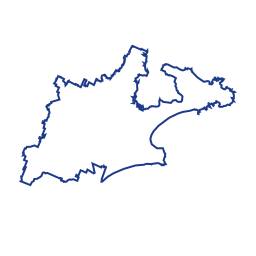 the district of South Gippsland, Victoria, Australia, rotated 285°
{"feature_id": "25037944B76361191538419", "entity_name": "South Gippsland", "entity_type": "district", "adm_level": 2, "iso_a3": "AUS", "parent_name": "Australia", "parent_adm1": "Victoria", "projection": "natural_earth1", "projection_center": [146.257, -38.699], "detail": "fine", "context": "isolated", "style": "outline", "palette": "blue", "viewbox_px": 256, "rotation_deg": 285, "n_neighbors": 0, "source": "geoboundaries", "source_scale": "gbopen_adm2", "svg_char_len": 5913}
<svg xmlns="http://www.w3.org/2000/svg" viewBox="0 0 256 256"><g transform="rotate(285 128 128)"><path d="M69.3,116.3L69.7,117.1L75.6,121.0L80.5,125.7L87.4,134.5L93.7,144.8L96.7,153.0L98.1,154.9L99.1,159.3L98.9,160.1L99.6,160.6L101.7,165.6L101.9,167.3L100.9,170.1L101.6,170.3L101.2,171.4L101.9,171.9L101.6,172.3L102.3,172.6L102.8,173.8L106.0,170.8L109.0,170.9L110.0,171.4L110.5,170.9L112.9,170.6L113.4,169.7L117.5,166.9L115.9,161.3L118.4,155.2L122.1,152.9L123.9,152.4L127.4,152.5L131.3,153.5L137.9,156.8L148.5,165.1L154.8,172.4L157.6,176.6L160.8,183.6L163.3,187.5L162.9,188.4L163.5,189.3L162.9,191.5L160.5,191.7L159.7,192.1L159.7,192.5L161.2,192.1L162.1,193.1L162.5,192.4L164.1,192.6L165.4,194.8L167.2,196.2L166.8,196.4L167.3,196.8L167.2,197.6L166.2,197.9L165.8,198.8L166.7,199.3L167.2,198.3L168.0,198.7L169.1,198.5L169.8,199.5L169.4,201.9L171.5,199.7L172.6,199.4L172.9,199.5L173.1,199.4L173.6,199.4L172.4,199.7L172.0,199.6L171.0,200.3L173.2,202.3L171.5,204.7L172.2,205.0L173.7,204.2L174.5,205.0L175.0,206.4L177.7,206.2L176.1,206.6L176.2,208.9L175.7,210.1L174.7,210.6L172.8,210.1L172.2,210.9L172.9,213.8L174.1,214.9L174.6,216.5L176.3,218.1L176.6,220.6L177.6,220.5L179.6,222.1L181.5,222.5L181.4,223.1L183.9,220.6L184.1,222.5L187.1,221.8L188.8,220.6L189.6,220.7L190.3,221.8L190.6,221.0L189.8,220.0L190.2,218.3L191.5,218.3L190.7,217.6L190.6,216.9L192.0,216.8L192.5,213.7L193.2,212.9L192.7,212.3L192.2,212.9L190.4,211.5L190.5,209.8L191.3,207.7L193.6,207.3L194.1,205.8L195.6,205.1L197.2,206.8L198.8,207.6L199.1,207.1L200.0,207.8L200.3,206.0L199.7,204.8L198.9,205.3L199.5,202.9L198.7,203.5L198.2,202.3L197.8,202.0L197.2,202.6L196.5,201.4L196.9,200.9L198.3,201.2L197.1,199.7L198.2,199.1L198.7,199.7L199.2,199.4L199.1,199.0L198.7,199.3L196.7,197.7L193.8,197.2L193.4,198.2L192.4,198.0L191.7,197.0L191.5,195.8L191.6,195.3L193.3,195.0L193.9,194.2L194.0,193.0L192.3,189.3L194.8,182.1L198.9,175.2L199.4,175.4L199.9,174.5L201.5,174.0L200.9,173.6L201.2,170.4L200.0,169.8L200.7,168.0L198.8,167.7L197.8,165.9L198.0,163.1L199.2,159.2L198.3,156.9L199.7,149.8L199.4,147.7L198.8,147.8L197.7,145.8L196.5,146.1L193.7,145.2L193.1,145.7L192.6,145.4L192.2,149.1L189.6,150.8L190.0,151.9L189.6,152.4L189.4,154.0L189.8,154.2L189.7,157.3L188.6,161.3L184.8,160.9L182.9,162.9L180.6,163.0L179.5,164.3L177.8,164.8L176.8,165.6L176.7,166.4L174.9,167.4L174.8,168.5L174.2,169.0L173.9,170.5L172.7,172.4L168.5,173.1L167.1,172.5L166.4,170.5L166.5,168.3L167.4,167.0L166.3,164.4L163.4,163.0L162.3,155.1L163.2,153.7L163.3,151.7L163.9,151.3L162.3,151.2L158.3,152.4L157.0,151.9L156.0,150.1L155.2,145.2L154.7,144.9L154.4,143.9L151.9,142.4L151.4,140.5L150.7,140.0L149.9,137.6L148.7,137.7L149.2,135.0L149.9,134.5L150.7,135.0L150.4,136.0L151.3,135.6L152.2,136.5L152.1,137.1L153.1,136.5L152.0,135.9L152.6,135.8L153.1,134.4L151.3,135.4L151.2,134.3L150.9,134.6L149.8,134.0L150.5,133.6L151.1,131.8L151.9,132.6L152.6,132.6L153.0,131.9L153.5,132.5L153.7,131.9L153.3,132.0L152.7,131.1L152.3,131.6L151.7,131.2L154.3,130.5L155.8,129.5L156.3,128.5L156.0,127.6L153.4,127.7L153.3,126.7L153.8,127.3L156.6,127.2L156.0,125.9L157.9,125.8L158.9,124.5L159.0,127.4L160.6,127.7L160.9,127.3L160.3,127.3L160.6,126.0L161.4,126.5L161.8,125.5L161.9,126.3L162.8,126.3L163.0,125.6L167.2,127.2L172.0,125.6L173.6,125.4L174.1,126.3L175.4,126.2L173.9,125.5L174.2,124.1L175.3,124.0L175.2,122.6L176.4,123.2L177.5,122.4L178.7,123.1L179.2,124.1L180.8,124.8L182.1,124.2L182.7,125.1L182.1,125.7L182.5,126.4L182.4,128.6L183.2,129.9L183.2,132.5L187.2,133.1L188.4,132.1L187.2,132.3L187.8,130.8L189.2,129.5L192.8,128.2L192.5,127.1L194.2,127.6L194.8,126.9L194.6,128.2L196.6,128.2L197.0,128.7L198.3,127.9L202.2,127.5L202.0,124.9L202.5,123.9L202.8,125.5L204.2,124.3L204.0,126.4L206.6,127.1L207.9,126.6L206.8,126.1L207.9,120.5L207.0,120.3L208.4,111.5L207.8,111.5L207.9,110.7L202.3,109.4L202.2,110.0L199.6,109.6L199.3,108.6L196.7,108.1L197.0,106.2L194.7,105.8L194.5,107.0L193.0,106.8L192.9,107.4L190.9,107.1L190.8,107.6L187.6,107.1L187.8,106.2L186.9,105.9L185.0,106.2L183.7,105.5L183.4,104.6L182.2,104.3L181.8,104.9L180.6,104.8L180.3,104.2L180.8,102.6L179.8,102.1L180.4,101.4L177.6,100.5L176.9,101.0L176.5,100.1L175.0,100.2L174.6,99.8L174.8,99.5L173.7,99.1L173.9,98.7L172.5,98.9L170.8,98.2L171.5,97.8L171.5,97.2L170.6,96.0L171.1,95.4L170.8,94.3L171.7,94.1L172.4,93.2L172.3,92.5L173.3,92.2L173.4,91.6L171.8,89.3L169.4,89.4L168.2,90.6L167.4,90.3L167.0,90.9L166.5,90.0L165.9,89.9L165.8,88.5L166.3,87.8L166.1,86.2L167.1,85.8L167.2,84.8L160.7,84.0L162.1,78.5L157.9,77.8L158.2,76.3L157.4,76.2L157.7,74.6L163.3,75.5L163.8,73.2L155.2,71.8L155.8,68.5L156.5,68.5L156.9,66.1L156.2,66.0L157.5,59.7L157.2,58.9L158.3,58.6L157.6,57.8L154.7,57.5L153.0,56.6L155.3,55.7L156.7,53.1L158.8,53.5L159.5,49.6L159.8,49.7L160.0,47.1L156.2,46.5L156.5,46.1L154.1,46.0L151.9,45.1L151.5,47.5L149.9,47.2L149.3,50.9L144.6,50.2L144.3,52.1L142.1,51.7L137.7,54.4L133.2,47.0L132.2,47.5L129.3,44.5L129.1,45.4L127.5,43.7L125.0,45.8L125.8,46.5L122.3,48.3L120.6,47.8L118.4,48.5L117.6,47.8L114.0,47.4L114.2,45.9L112.3,45.6L112.5,44.2L110.7,44.0L110.3,46.5L106.2,46.4L106.0,48.0L99.3,47.1L99.1,48.2L100.1,49.8L96.9,49.3L97.2,47.7L96.2,47.6L96.3,45.0L95.0,44.9L94.8,46.5L92.4,46.1L92.4,46.7L86.3,45.8L86.9,42.1L84.4,38.2L83.6,35.1L81.7,34.7L81.6,33.6L76.8,32.9L76.6,34.0L74.4,33.7L74.9,34.5L74.3,36.2L74.7,36.5L70.2,35.8L69.8,39.0L64.0,38.2L63.8,39.4L62.3,39.2L62.5,37.7L60.8,37.5L60.6,39.1L53.3,38.1L53.3,37.5L49.9,39.0L48.8,38.2L47.6,48.4L50.8,49.2L52.7,50.8L54.4,50.6L55.4,53.3L58.1,56.0L59.3,56.8L62.7,57.3L63.2,57.9L63.3,59.0L62.8,60.0L63.7,61.7L61.6,75.5L62.2,75.6L62.1,77.1L60.0,76.9L59.9,77.7L60.3,77.7L59.9,80.7L59.6,80.6L60.2,82.4L62.0,83.5L63.4,85.3L63.2,86.1L64.3,88.3L63.9,92.7L67.4,93.1L67.8,90.1L69.4,90.3L69.1,92.4L74.9,93.2L74.1,99.2L77.3,99.6L75.3,106.5L76.1,107.4L84.5,103.0L83.0,112.3L84.2,112.4L84.2,114.4L84.8,114.5L84.1,115.0L84.7,115.6L84.5,116.9L72.2,115.9L69.3,116.3Z" fill="none" stroke="#1e3a8a" stroke-width="2"/></g></svg>